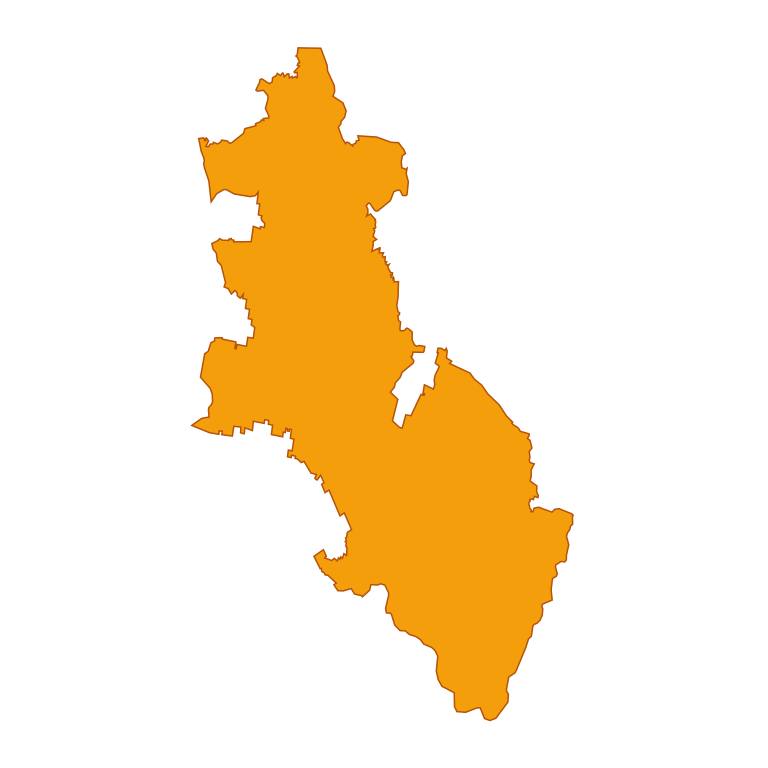 outline of Coyutla, Veracruz, Mexico, rotated 181°
{"feature_id": "50627088B32683374106398", "entity_name": "Coyutla", "entity_type": "district", "adm_level": 2, "iso_a3": "MEX", "parent_name": "Mexico", "parent_adm1": "Veracruz", "projection": "equal_earth", "projection_center": [-97.666, 20.334], "detail": "fine", "context": "isolated", "style": "filled", "palette": "amber", "viewbox_px": 768, "rotation_deg": 181, "n_neighbors": 0, "source": "geoboundaries", "source_scale": "gbopen_adm2", "svg_char_len": 6153}
<svg xmlns="http://www.w3.org/2000/svg" viewBox="0 0 768 768"><g transform="rotate(181 384 384)"><path d="M226.8,147.5L223.8,150.7L221.8,155.4L221.3,161.8L222.2,163.9L221.9,166.6L212.1,170.9L213.3,181.3L212.3,191.2L211.4,193.1L208.5,194.6L207.4,197.3L209.3,203.7L209.1,206.2L204.0,209.6L200.1,209.3L198.6,211.4L198.6,216.0L196.5,226.4L198.9,235.1L197.7,238.8L195.8,241.4L195.1,245.0L192.9,247.2L193.3,254.8L192.5,256.1L194.0,257.5L206.8,262.4L211.2,261.7L213.8,258.8L227.3,263.5L231.8,262.5L232.9,258.8L234.8,259.1L234.5,260.5L236.0,262.3L237.2,267.6L235.7,269.7L236.3,270.9L234.7,271.8L232.7,271.0L231.5,274.3L228.1,273.1L227.7,275.1L229.5,278.6L229.3,284.7L236.2,289.6L235.2,294.2L235.4,300.6L232.4,306.8L236.6,308.0L237.5,310.3L236.8,312.9L237.6,319.0L235.0,322.6L237.0,330.2L239.7,332.1L237.9,335.1L238.0,336.7L246.8,339.0L249.1,342.5L254.2,345.6L255.6,347.1L254.7,348.1L261.0,354.2L268.2,364.8L280.2,376.1L286.2,384.5L293.7,390.4L298.2,396.4L318.7,405.6L316.7,407.9L322.0,411.2L321.4,418.2L322.4,420.7L323.7,418.5L327.1,420.6L330.6,420.8L331.5,416.3L330.3,416.2L333.1,405.7L329.3,402.9L329.2,401.9L333.0,393.9L333.9,388.7L333.2,384.3L334.5,379.8L343.6,383.9L344.9,375.1L343.3,375.1L343.8,373.3L346.8,374.3L356.4,352.8L361.6,353.6L365.1,340.1L367.9,341.0L374.9,347.3L369.9,368.9L377.5,375.9L373.5,381.1L372.8,385.2L368.0,390.8L366.0,396.1L355.3,405.3L354.6,407.7L357.4,411.7L356.2,412.8L355.6,416.4L345.5,416.3L344.7,417.1L343.8,422.2L349.4,423.1L352.0,422.3L354.0,423.5L356.6,428.4L356.7,436.5L359.9,439.2L362.2,440.3L365.0,437.6L368.5,437.6L369.1,439.3L368.5,446.3L370.5,447.6L371.3,452.6L369.8,453.7L369.6,455.4L371.3,456.7L372.6,462.6L371.5,470.9L371.3,486.6L375.6,486.3L376.0,489.6L376.8,488.9L376.6,491.1L378.7,490.7L379.3,493.2L377.5,493.0L377.5,495.4L379.4,495.7L381.5,499.3L382.2,501.6L380.9,503.8L382.8,503.0L384.6,504.3L383.4,506.2L385.2,506.6L385.0,511.3L387.0,510.6L387.9,512.4L386.8,515.2L391.0,515.0L390.2,520.0L391.3,520.0L391.6,518.1L393.0,519.1L398.4,516.4L397.2,522.5L397.4,526.2L393.9,528.4L397.5,531.4L395.9,537.0L397.2,539.1L395.3,539.7L395.0,540.9L395.6,542.5L395.1,546.3L396.0,547.9L395.5,548.3L400.6,553.8L404.4,551.6L403.0,555.1L403.3,558.8L404.9,561.7L402.7,564.7L401.2,564.2L396.8,558.0L395.0,556.7L393.2,557.0L380.9,567.4L377.5,576.5L372.9,578.3L371.1,577.4L368.7,572.9L365.5,572.7L364.3,573.7L363.2,586.6L365.5,594.8L364.7,600.2L366.1,599.0L370.0,600.6L370.6,606.6L369.6,612.7L366.5,614.8L368.3,618.7L373.7,625.5L381.1,625.8L395.7,630.8L414.5,631.7L413.2,627.3L415.9,626.6L416.3,624.5L419.1,623.0L419.4,621.4L424.0,625.0L425.7,625.0L426.6,623.6L429.8,628.4L434.1,639.9L431.7,643.3L431.6,645.7L428.0,650.0L426.6,656.5L430.0,664.4L440.0,670.7L438.4,675.8L438.9,681.4L445.9,696.0L446.4,701.6L453.0,718.6L475.8,718.6L476.5,711.6L477.8,710.4L476.2,709.0L473.9,703.9L475.5,703.4L476.3,701.1L474.1,700.4L479.3,694.6L478.9,693.6L476.2,694.0L476.0,689.1L476.6,688.5L477.8,689.9L480.7,688.4L481.2,689.9L484.0,688.4L484.6,692.5L486.1,692.4L489.1,689.4L490.1,692.8L491.0,693.2L492.9,690.6L496.1,692.7L497.1,690.5L500.8,688.2L501.1,684.0L504.0,682.3L511.3,686.9L513.2,686.4L513.7,683.4L517.2,675.7L515.7,674.6L509.5,675.5L505.1,670.1L504.9,667.1L507.4,657.4L504.1,650.8L503.8,648.1L509.3,647.3L508.8,645.4L511.2,645.9L512.1,644.1L517.0,642.0L516.6,640.0L527.5,636.9L528.8,632.2L540.5,622.5L542.3,621.9L545.0,624.3L550.6,625.0L551.6,623.0L554.5,621.1L558.8,622.7L559.2,621.0L562.1,620.8L563.6,618.2L566.2,618.5L563.6,623.9L565.9,626.9L566.9,626.0L566.5,624.3L567.5,624.2L568.5,626.9L573.6,626.2L570.8,613.4L568.1,606.8L567.6,603.6L568.2,601.1L567.1,596.5L562.7,584.1L560.0,563.1L554.6,571.4L547.5,575.6L545.1,575.6L537.1,571.4L521.2,569.0L515.9,570.0L513.1,573.7L514.2,562.1L511.4,562.0L512.6,551.0L508.8,549.8L509.8,548.1L509.1,545.6L506.0,542.4L506.5,538.4L510.3,539.2L510.6,537.0L517.4,539.4L519.3,524.0L536.8,523.5L536.6,525.1L539.0,525.7L539.3,526.8L541.5,526.2L541.9,524.9L548.2,525.0L551.0,526.5L552.5,524.5L558.6,521.4L557.3,516.0L554.0,512.0L552.6,503.6L548.8,499.7L544.2,482.5L545.6,478.3L541.4,476.6L538.2,471.3L534.6,474.9L532.3,472.4L532.3,469.8L529.2,467.2L526.3,471.2L526.8,467.0L522.8,466.2L523.9,457.1L519.8,456.3L520.9,447.0L517.1,446.2L517.8,440.8L514.2,438.3L515.5,427.5L521.0,428.3L522.2,419.3L531.5,421.0L532.5,416.5L533.7,416.9L532.8,423.5L546.6,426.1L546.5,427.3L548.0,427.5L553.9,427.1L554.3,424.0L557.8,422.2L560.4,413.5L563.8,411.2L567.6,387.6L557.7,376.6L555.6,371.1L555.1,363.3L556.1,360.5L558.7,357.4L559.1,355.3L558.4,347.9L565.6,346.5L575.5,339.2L557.7,332.3L548.2,330.8L548.0,334.3L544.9,333.9L545.3,330.5L534.7,329.3L533.4,339.1L526.3,338.4L526.6,332.7L522.9,331.8L522.3,337.7L514.7,335.1L514.0,344.5L503.1,342.5L502.7,346.3L498.7,345.5L498.9,341.7L494.7,340.9L495.7,331.5L484.4,329.4L483.9,334.1L481.9,333.7L481.4,338.1L479.8,337.7L479.9,335.3L478.0,335.1L477.9,337.2L475.8,336.9L476.7,328.0L473.1,327.3L474.7,315.6L478.5,316.3L479.2,309.5L475.5,308.8L475.3,311.2L471.2,310.3L471.6,308.0L469.2,307.6L465.5,304.0L462.6,305.2L455.5,293.7L449.9,292.3L451.5,288.6L450.3,287.3L449.1,286.9L445.8,291.7L442.3,284.3L444.6,282.6L441.0,274.3L437.1,277.0L425.7,251.3L421.5,254.4L413.9,237.8L418.1,235.0L418.7,230.3L419.7,229.5L419.0,227.1L420.0,225.7L418.9,225.1L419.3,220.9L418.2,220.2L418.4,212.0L421.1,213.7L422.5,209.0L424.1,210.4L424.8,208.1L426.4,209.5L427.6,206.3L430.6,208.8L433.2,206.6L440.3,209.1L438.6,210.7L441.7,217.3L451.0,210.5L444.6,198.2L443.3,198.5L443.0,195.5L440.5,194.2L439.5,192.1L436.7,191.7L428.3,184.1L430.6,182.4L426.5,176.5L421.2,176.4L413.2,178.9L409.8,173.5L402.8,172.0L401.8,170.9L394.8,177.5L393.6,183.2L386.8,182.9L383.8,184.2L379.6,182.8L375.9,175.6L375.7,172.8L378.5,159.6L377.6,155.1L373.9,155.1L372.5,153.7L369.1,143.3L363.7,137.7L358.4,137.5L354.3,134.0L347.6,132.0L343.1,129.0L339.7,124.6L331.7,121.4L328.3,118.4L325.5,112.8L326.7,98.0L324.6,89.3L320.8,82.8L308.4,76.5L307.9,62.7L305.4,57.7L296.6,57.2L285.9,61.6L282.2,62.0L277.6,51.2L272.1,49.4L266.3,51.8L254.6,68.0L254.2,75.8L256.1,79.2L256.1,81.8L254.1,93.3L248.0,97.5L246.6,100.3L237.7,122.8L235.0,131.8L232.3,134.2L230.9,144.6L229.9,146.1L226.8,147.5Z" fill="#f59e0b" stroke="#b45309" stroke-width="1.5"/></g></svg>